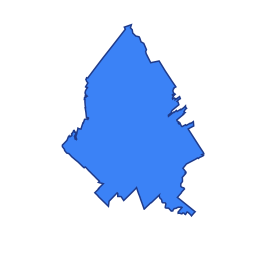 Suseni, Arges, Romania, rotated 167°
{"feature_id": "2599482B85414360920749", "entity_name": "Suseni", "entity_type": "district", "adm_level": 2, "iso_a3": "ROU", "parent_name": "Romania", "parent_adm1": "Arges", "projection": "mercator", "projection_center": [24.957, 44.701], "detail": "fine", "context": "isolated", "style": "filled", "palette": "blue", "viewbox_px": 256, "rotation_deg": 167, "n_neighbors": 0, "source": "geoboundaries", "source_scale": "gbopen_adm2", "svg_char_len": 5199}
<svg xmlns="http://www.w3.org/2000/svg" viewBox="0 0 256 256"><g transform="rotate(167 128 128)"><path d="M104.8,37.7L104.6,37.4L104.4,37.5L104.0,37.3L103.3,37.2L103.1,37.1L102.6,37.8L102.3,38.1L101.1,39.1L100.7,39.0L100.3,39.0L99.4,38.9L99.3,39.0L99.1,39.0L98.9,39.0L98.6,39.1L97.7,39.4L97.1,39.4L96.7,39.5L96.0,39.3L94.4,39.0L94.1,39.0L93.8,38.8L93.5,38.7L93.3,38.6L93.2,38.5L97.0,35.6L98.1,34.8L98.3,33.6L97.7,33.6L97.1,33.4L96.7,33.3L96.7,33.2L96.3,33.0L96.1,32.9L95.9,32.8L95.6,32.6L94.8,32.2L93.7,32.9L93.1,32.7L92.4,32.2L92.1,31.4L91.4,30.8L90.4,31.8L89.9,32.4L89.3,32.9L88.7,32.5L88.2,31.8L88.0,31.7L87.8,31.3L87.4,30.8L86.9,30.0L86.7,29.7L86.4,29.1L86.3,28.9L86.0,28.4L85.9,28.1L83.2,30.1L81.6,31.2L81.4,31.3L95.5,49.3L90.4,53.0L90.2,53.5L86.7,55.9L87.0,57.0L89.1,58.3L89.7,59.4L89.0,62.0L87.7,62.9L86.9,63.8L86.4,66.3L86.3,67.6L82.0,70.7L82.4,71.4L81.4,71.9L83.5,76.4L79.2,79.8L69.2,82.4L68.0,82.8L67.3,83.1L66.9,83.1L66.3,82.5L64.9,83.2L64.6,83.3L63.2,83.5L62.3,83.7L60.9,84.1L60.7,84.2L60.9,84.5L61.5,85.1L61.9,85.5L59.9,85.7L59.9,85.9L60.1,87.1L62.5,93.6L69.6,113.4L69.6,113.6L63.5,115.2L62.9,119.5L65.9,118.3L66.3,118.7L69.6,117.7L70.8,117.4L71.2,118.2L75.0,117.2L75.6,118.0L76.2,120.7L77.2,120.3L77.7,120.9L77.9,121.7L76.9,122.1L78.2,123.5L78.7,124.1L78.6,124.9L70.8,128.8L71.1,129.2L68.9,130.1L69.7,130.8L69.5,131.0L69.7,131.4L68.2,133.1L66.5,134.0L67.2,135.2L67.0,136.6L69.0,135.3L72.3,133.9L72.5,134.4L76.4,133.1L76.9,134.2L79.6,132.8L79.8,133.2L85.9,130.3L85.8,131.4L82.2,133.2L82.0,134.3L81.0,135.3L73.2,139.2L73.4,142.0L74.3,142.9L72.8,143.8L72.9,144.0L70.4,144.8L70.7,147.0L75.7,145.0L75.4,146.1L76.1,146.8L76.7,146.6L76.9,146.7L78.0,146.2L78.0,147.2L76.7,148.6L77.4,150.3L77.0,150.6L76.0,150.2L75.6,149.6L74.4,150.3L75.7,151.8L76.0,154.1L75.0,155.5L75.0,155.8L74.3,156.2L74.2,156.7L72.1,157.3L75.3,165.4L75.3,165.6L78.9,175.2L82.6,186.3L91.2,186.5L93.6,196.4L93.6,196.7L93.6,198.6L92.4,200.2L93.6,206.9L96.0,209.1L96.0,209.8L96.3,212.9L96.7,214.4L99.8,215.9L102.0,219.4L101.8,222.8L103.1,225.0L101.5,227.9L108.9,227.1L108.4,224.8L124.0,212.1L136.3,202.2L148.6,192.0L149.6,191.1L150.4,190.5L151.2,189.8L153.8,187.6L155.1,186.6L155.9,185.8L156.5,186.0L157.0,186.3L157.7,185.2L158.1,184.9L158.0,184.4L157.9,183.3L157.6,182.3L157.1,181.4L157.0,180.9L160.1,177.6L159.5,177.0L158.3,176.6L158.4,176.3L158.9,176.1L160.5,174.4L161.1,173.7L161.7,172.4L162.0,171.8L162.0,171.6L161.7,170.7L162.4,168.9L161.0,169.1L160.8,168.6L160.6,168.2L162.1,168.1L162.1,167.5L163.5,167.4L164.1,165.7L163.5,165.6L164.1,163.1L164.6,159.7L164.8,157.3L165.2,157.4L165.3,155.5L165.5,152.5L166.1,147.7L164.4,146.9L164.2,146.7L164.3,146.3L164.5,146.1L165.2,145.4L165.5,145.9L165.8,146.0L166.7,146.1L167.3,146.1L168.0,146.1L168.4,146.2L169.1,145.0L170.4,143.0L170.7,143.2L172.3,140.6L173.7,138.2L174.1,137.5L175.9,138.3L176.8,139.1L177.7,137.1L178.0,136.7L178.6,135.4L179.3,133.8L180.1,132.6L180.8,131.2L180.7,129.7L180.6,129.0L180.5,128.7L180.9,128.3L181.1,128.6L181.6,128.8L182.0,129.1L182.1,129.4L181.9,129.9L181.9,130.4L182.0,130.9L181.9,131.2L182.1,131.8L182.0,132.0L181.8,132.2L181.5,132.5L181.4,132.6L181.2,132.6L180.9,132.6L180.8,132.8L180.7,133.0L180.7,133.3L180.5,133.8L180.2,134.2L180.0,134.3L179.7,134.8L179.7,135.3L179.8,135.6L180.1,135.7L180.5,135.7L180.8,135.8L180.9,136.0L180.7,136.5L180.9,137.6L181.0,137.8L181.4,137.8L181.7,137.6L182.1,136.7L183.1,136.0L183.3,135.6L183.5,135.5L183.8,135.3L184.2,135.1L184.4,134.9L184.4,134.6L184.2,134.3L184.2,133.8L184.5,133.2L184.8,133.0L185.4,133.1L185.6,133.1L185.9,132.8L186.2,132.8L186.3,132.6L186.6,132.5L187.0,132.8L187.1,133.6L188.2,132.7L189.3,131.0L190.4,129.6L194.2,127.1L195.8,126.1L196.1,124.9L196.1,124.4L195.7,123.7L195.4,122.9L194.7,121.4L194.8,120.8L194.8,120.3L193.4,117.4L191.5,116.4L190.8,115.4L190.1,114.1L189.4,112.8L189.1,112.4L188.7,111.8L188.1,111.1L186.6,109.0L186.4,108.8L186.2,108.5L185.4,107.5L184.3,106.1L182.5,103.3L182.0,102.5L181.8,102.2L181.0,100.9L179.8,99.2L179.6,99.1L178.7,99.6L178.4,99.6L177.9,98.9L177.6,98.5L177.2,97.8L177.1,97.6L176.1,95.7L175.8,95.2L174.8,93.7L173.7,91.9L173.3,91.3L173.2,91.0L172.8,90.4L172.5,90.0L172.0,89.3L171.7,88.7L170.8,87.3L170.6,87.0L170.6,86.9L169.3,84.8L168.3,83.4L167.8,82.5L169.1,81.7L167.8,80.9L166.3,80.2L164.6,79.3L170.3,75.7L170.1,75.4L174.9,72.4L172.4,68.5L172.4,68.1L164.7,56.1L162.9,60.9L153.2,67.2L152.7,66.6L153.1,64.8L153.4,63.6L150.3,62.8L150.0,62.3L148.5,58.3L141.6,62.5L136.8,65.5L134.9,66.7L133.1,68.0L132.7,63.9L132.6,62.7L132.3,60.6L132.2,60.1L132.1,59.1L132.0,58.7L132.0,58.3L131.8,56.9L131.8,56.2L131.6,54.5L131.6,54.4L131.5,54.2L131.5,53.6L131.3,52.2L130.6,46.1L130.5,45.3L130.4,45.3L127.4,47.2L125.0,48.6L122.7,50.0L122.3,49.9L120.2,51.1L119.4,51.6L114.1,54.7L112.6,55.6L112.7,55.4L112.8,54.9L112.8,54.2L112.8,53.5L112.7,52.8L112.6,52.4L112.2,51.8L111.7,51.2L111.5,50.6L111.4,50.1L111.4,49.6L111.4,49.1L111.6,48.5L111.5,48.2L111.3,47.6L111.0,47.4L110.6,47.2L109.8,47.1L109.2,46.9L108.8,46.8L108.5,46.5L108.3,46.0L108.2,45.5L108.4,45.0L108.8,44.2L109.2,43.2L109.5,42.6L109.6,42.0L109.2,41.6L108.7,41.4L107.7,41.1L106.7,40.8L106.4,40.6L106.2,40.3L105.8,39.6L105.4,38.9L104.9,38.0L104.8,37.9L104.8,37.7Z" fill="#3b82f6" stroke="#1e3a8a" stroke-width="1.5"/></g></svg>